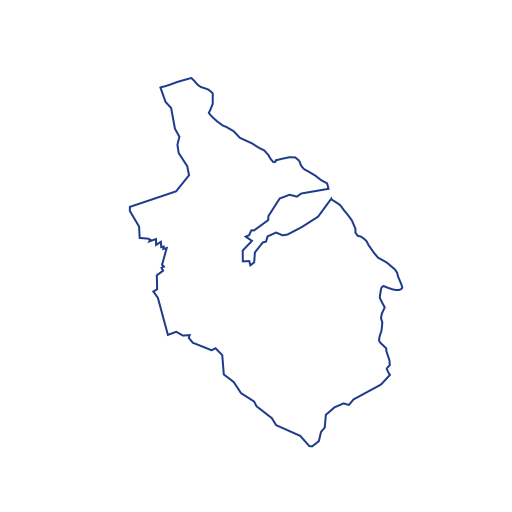 the district of Struga, Struga, North Macedonia, rotated 151°
{"feature_id": "65306769B59831193355348", "entity_name": "Struga", "entity_type": "district", "adm_level": 2, "iso_a3": "MKD", "parent_name": "North Macedonia", "parent_adm1": "Struga", "projection": "mercator", "projection_center": [20.597, 41.258], "detail": "fine", "context": "isolated", "style": "outline", "palette": "blue", "viewbox_px": 512, "rotation_deg": 151, "n_neighbors": 0, "source": "geoboundaries", "source_scale": "gbopen_adm2", "svg_char_len": 2665}
<svg xmlns="http://www.w3.org/2000/svg" viewBox="0 0 512 512"><g transform="rotate(151 256 256)"><path d="M160.0,279.6L159.6,281.1L158.6,285.1L162.3,290.8L165.2,297.6L169.1,304.3L171.2,307.6L171.8,308.6L172.5,311.3L172.7,314.1L172.3,316.1L172.1,316.9L172.3,319.1L173.8,323.1L178.7,326.1L185.7,328.3L192.3,330.1L192.7,329.5L193.3,329.0L194.7,329.3L195.3,329.9L196.0,332.8L196.3,336.3L196.2,338.1L197.6,344.3L200.4,348.3L202.7,352.3L204.8,356.3L209.3,362.4L212.8,367.2L215.1,376.1L219.4,383.3L221.8,386.2L222.2,387.1L224.7,392.5L226.4,397.4L227.4,401.0L227.8,403.1L227.8,404.1L225.5,405.7L220.2,409.9L215.7,417.9L215.3,418.5L215.1,419.3L215.2,420.2L216.7,424.0L217.2,424.9L220.9,429.1L222.1,430.2L223.6,433.1L224.5,436.0L225.1,439.2L225.8,441.6L226.4,443.1L237.5,445.7L241.3,446.5L247.2,447.4L253.1,448.5L256.6,449.5L257.9,449.7L260.4,434.6L258.5,426.5L265.2,406.6L265.2,397.4L270.8,391.4L273.7,383.5L272.6,368.0L275.4,359.1L294.5,351.3L342.5,360.1L344.5,356.6L344.0,338.4L349.0,328.2L342.0,323.5L340.6,321.6L342.2,320.5L335.3,319.3L338.0,314.1L332.3,314.5L334.6,309.7L332.2,309.0L333.7,307.1L330.2,306.3L342.4,293.9L341.7,291.4L344.4,291.4L344.4,288.2L352.1,287.2L358.6,274.8L363.0,274.7L362.1,267.0L371.3,229.7L362.5,228.4L358.5,221.8L352.4,219.0L354.5,217.0L353.3,210.7L340.5,195.1L336.1,194.9L333.6,185.6L341.6,168.0L336.6,156.6L335.6,143.4L328.2,129.6L328.4,124.3L320.8,106.6L320.4,98.3L304.5,77.2L301.5,63.8L299.2,62.3L290.8,63.6L284.4,70.6L279.0,72.7L271.9,83.2L260.7,85.6L250.8,84.6L247.0,80.7L240.1,83.3L210.1,83.0L208.2,83.2L196.5,87.1L196.7,89.8L196.4,93.8L196.1,94.2L195.1,94.7L191.9,95.7L190.0,99.7L189.7,100.8L188.9,105.3L188.0,109.9L186.9,112.1L189.2,119.6L189.5,121.2L189.4,121.8L189.0,123.1L186.7,125.9L183.0,129.3L181.1,131.7L178.9,134.9L177.7,136.8L176.8,141.1L173.6,144.9L172.7,145.4L168.3,148.7L168.3,155.2L168.0,159.1L167.2,160.7L163.2,165.8L162.5,166.6L161.8,167.3L160.9,167.7L159.0,167.9L156.1,164.3L152.9,160.8L150.4,158.6L147.4,156.9L145.2,156.7L144.2,156.9L143.5,157.3L142.7,160.1L141.7,169.2L140.7,172.9L141.0,176.8L144.2,185.4L145.3,187.7L147.6,191.5L150.1,195.4L151.3,201.7L152.3,211.0L152.1,215.0L152.9,218.1L154.8,222.1L157.3,224.4L157.7,228.3L155.8,231.7L154.9,240.6L155.8,247.8L156.9,253.3L157.6,259.0L157.9,260.0L158.5,261.4L160.3,264.8L162.6,268.9L162.4,269.6L182.6,260.3L202.2,259.1L218.0,259.5L222.7,261.2L227.1,266.8L236.4,267.5L240.3,263.7L243.4,264.6L255.2,259.7L260.7,251.3L265.4,250.6L264.4,254.8L270.1,257.7L265.0,267.2L252.2,271.2L255.6,277.9L252.0,277.5L247.6,280.7L245.3,279.3L227.9,281.5L225.8,284.9L207.4,294.8L197.0,293.3L191.4,288.1L186.1,288.7L160.0,279.6Z" fill="none" stroke="#1e3a8a" stroke-width="2"/></g></svg>